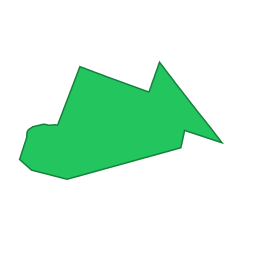 SVG path tracing the border of Tiris Zemmour, rotated 20°
{"feature_id": "MRT-2783", "entity_name": "Tiris Zemmour", "entity_type": "Region", "adm_level": 1, "iso_a3": "MRT", "parent_name": "Mauritania", "parent_adm1": "", "projection": "albers", "projection_center": [-9.84, 24.319], "detail": "fine", "context": "isolated", "style": "filled", "palette": "green", "viewbox_px": 256, "rotation_deg": 20, "n_neighbors": 0, "source": "natural_earth", "source_scale": "10m", "svg_char_len": 1827}
<svg xmlns="http://www.w3.org/2000/svg" viewBox="0 0 256 256"><g transform="rotate(20 128 128)"><path d="M135.1,55.4L139.5,58.2L143.8,61.0L148.2,63.8L152.6,66.6L156.9,69.4L161.3,72.2L165.7,74.9L170.1,77.7L174.6,80.5L179.0,83.3L183.4,86.0L187.8,88.8L191.6,91.1L195.4,93.4L199.2,95.7L202.4,97.7L202.9,98.0L205.7,99.7L209.6,102.2L213.5,104.7L217.5,107.2L221.4,109.7L216.5,109.9L211.6,110.0L206.7,110.2L201.7,110.3L196.8,110.5L191.9,110.6L187.0,110.8L182.0,110.9L182.3,112.8L182.6,114.8L182.8,116.7L183.1,118.7L183.4,120.6L183.6,122.6L183.9,124.5L184.1,126.5L184.4,128.5L88.2,197.0L51.8,200.6L37.5,194.9L37.0,194.7L36.9,194.7L36.5,184.5L36.3,178.4L36.1,172.2L35.8,170.6L34.8,167.5L34.6,165.9L34.9,164.2L35.7,162.7L37.7,160.0L38.1,159.4L40.4,157.9L43.3,156.0L45.7,154.4L47.2,153.4L48.6,153.0L52.4,152.5L53.2,152.3L58.2,150.0L60.5,149.4L60.8,149.0L60.9,148.2L60.9,146.2L60.9,144.3L61.0,142.5L61.0,140.6L61.0,138.8L61.1,136.9L61.1,135.0L61.1,133.2L61.1,131.3L61.2,129.5L61.2,127.6L61.2,125.8L61.3,123.9L61.3,122.0L61.3,120.2L61.4,118.3L61.4,116.5L61.4,114.6L61.4,112.8L61.5,110.9L61.5,109.0L61.5,107.2L61.6,105.3L61.6,103.5L61.6,101.6L61.6,99.8L61.7,97.9L61.7,96.0L61.7,94.2L61.8,92.3L61.8,90.5L61.8,88.6L61.8,86.8L64.1,86.8L66.3,86.8L68.5,86.9L70.7,86.9L73.0,86.9L75.2,86.9L77.4,87.0L79.6,87.0L81.8,87.0L84.1,87.0L86.3,87.0L88.5,87.1L90.7,87.1L93.0,87.1L95.2,87.1L97.4,87.1L99.6,87.1L101.8,87.1L104.1,87.1L106.3,87.1L108.5,87.1L110.7,87.1L113.0,87.1L115.2,87.1L117.4,87.1L119.6,87.1L121.8,87.1L124.1,87.1L126.3,87.1L128.5,87.1L130.7,87.1L133.0,87.1L134.8,87.0L135.3,86.9L135.4,86.6L135.4,85.5L135.4,85.1L135.4,84.2L135.4,82.7L135.4,80.8L135.3,78.5L135.3,75.9L135.3,73.2L135.3,70.4L135.2,67.6L135.2,64.9L135.2,62.3L135.2,60.1L135.1,58.1L135.1,56.7L135.1,55.7L135.1,55.4Z" fill="#22c55e" stroke="#15803d" stroke-width="1.5"/></g></svg>